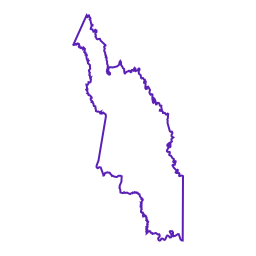 the district of Morelia, Caquetá, Colombia
{"feature_id": "7082276B57536514364172", "entity_name": "Morelia", "entity_type": "district", "adm_level": 2, "iso_a3": "COL", "parent_name": "Colombia", "parent_adm1": "Caquetá", "projection": "equal_earth", "projection_center": [-75.683, 1.4], "detail": "fine", "context": "isolated", "style": "outline", "palette": "violet", "viewbox_px": 256, "rotation_deg": 0, "n_neighbors": 0, "source": "geoboundaries", "source_scale": "gbopen_adm2", "svg_char_len": 5769}
<svg xmlns="http://www.w3.org/2000/svg" viewBox="0 0 256 256"><path d="M86.5,15.5L73.0,45.5L73.5,45.0L74.9,44.7L75.0,44.1L75.8,44.0L76.2,44.5L76.8,43.8L77.3,44.0L77.6,43.6L78.3,44.1L78.6,43.8L79.0,44.1L78.9,44.8L79.2,45.0L79.4,45.7L78.8,46.5L79.1,47.2L80.8,48.0L81.0,47.6L81.3,48.1L81.9,47.8L82.6,48.4L82.9,48.2L83.1,49.1L83.7,48.6L84.1,48.9L84.0,48.0L84.9,48.8L84.8,49.3L84.2,49.3L84.7,50.4L84.2,52.0L84.7,52.6L84.9,52.2L85.4,52.4L85.8,54.0L86.2,54.2L85.7,54.9L86.8,55.4L86.4,56.3L86.6,58.4L87.3,60.3L87.9,59.8L88.0,60.7L88.5,60.8L87.9,61.8L87.9,63.2L90.0,65.2L89.9,66.8L90.2,68.4L89.8,69.4L88.9,70.3L89.2,71.7L89.8,72.5L89.5,72.8L89.6,73.9L89.3,74.9L89.8,75.1L90.2,78.0L90.9,77.6L90.6,78.5L91.0,79.5L90.5,82.0L90.0,82.4L88.6,82.2L88.7,82.9L87.7,84.7L86.4,84.6L87.1,88.1L86.9,89.0L86.2,89.5L86.4,90.0L86.9,90.1L87.2,89.1L87.4,89.1L87.3,91.7L87.8,92.8L87.3,93.4L88.6,94.1L88.6,95.1L90.1,95.5L91.6,97.2L91.7,98.0L90.7,98.4L90.7,99.5L91.4,100.7L91.8,100.9L91.6,102.1L92.0,102.2L92.3,101.4L92.6,101.6L92.9,103.0L93.5,103.8L93.6,105.3L93.9,106.0L95.3,106.3L95.6,108.1L95.4,108.4L95.9,109.7L95.9,111.0L97.4,111.7L98.1,111.5L100.0,112.2L100.5,111.9L100.0,112.9L100.3,113.5L101.3,113.3L101.8,113.6L102.2,112.8L102.8,113.1L103.3,112.6L105.7,114.5L105.9,116.5L98.5,160.5L96.8,165.1L96.5,166.4L96.7,167.4L97.7,168.2L99.3,167.2L100.7,167.5L103.3,174.6L103.4,175.5L104.1,175.3L104.9,173.2L107.4,172.3L108.3,172.7L109.7,172.7L110.5,174.1L111.4,174.8L112.0,176.0L112.8,175.8L114.2,176.6L116.5,177.0L117.4,176.7L118.4,175.8L120.6,175.8L121.7,176.3L121.4,181.7L119.6,185.9L119.8,187.0L119.4,187.9L120.2,189.4L120.5,192.5L122.6,193.1L123.5,192.9L124.1,192.2L125.2,193.0L127.0,192.6L130.0,194.1L131.6,193.1L132.4,193.3L132.8,192.5L134.1,192.8L134.6,192.2L135.2,192.7L136.0,192.3L136.7,193.0L137.6,192.7L138.5,194.1L139.5,194.3L139.9,196.3L141.7,198.5L141.4,199.0L141.9,199.3L142.4,198.9L142.7,199.3L142.4,199.9L142.6,200.3L141.6,201.6L141.6,202.5L141.3,202.8L141.7,203.6L141.4,204.3L141.2,204.1L141.4,204.9L141.1,204.9L141.1,205.5L140.8,205.5L141.1,206.3L140.6,206.8L140.8,207.2L140.8,206.8L141.2,206.8L141.0,207.2L141.4,207.7L141.2,207.8L141.4,209.3L141.6,209.4L141.0,210.4L141.0,212.0L142.1,212.9L142.7,212.5L143.0,212.9L143.6,214.0L143.2,214.4L142.9,215.8L143.2,216.1L143.5,215.6L143.4,216.4L144.8,216.1L144.8,215.6L145.0,215.4L146.0,216.2L145.9,216.8L146.4,217.2L146.6,217.8L146.3,218.2L146.7,218.9L146.2,220.3L146.5,220.6L146.8,220.1L147.2,220.2L147.2,221.0L147.7,221.1L148.2,221.9L147.9,222.7L147.4,222.9L147.2,224.3L147.7,224.7L147.2,225.9L146.3,226.9L146.8,227.4L146.6,227.9L147.3,227.7L146.9,228.9L147.1,229.2L146.4,229.6L146.5,230.4L146.9,230.5L146.5,231.0L146.7,231.4L146.3,231.8L146.8,232.4L146.7,233.3L147.4,232.7L147.7,231.2L148.7,231.5L149.5,231.1L150.3,231.4L150.7,232.7L152.1,233.0L152.5,233.9L155.8,233.0L158.0,234.5L159.2,234.3L159.7,235.2L159.6,236.6L158.4,237.8L158.1,238.7L158.7,240.1L159.6,240.6L160.5,240.3L161.3,238.8L162.0,238.5L162.9,238.7L164.2,239.9L164.7,239.9L165.6,238.8L166.6,236.3L167.3,235.5L168.5,235.9L169.9,237.5L170.9,237.4L171.5,236.4L171.4,234.4L170.1,232.5L169.8,231.5L170.2,231.1L172.2,231.2L173.0,232.4L172.9,235.1L173.4,236.3L175.3,235.8L177.9,234.1L178.7,234.1L180.6,239.5L181.7,240.4L182.7,240.5L183.0,176.1L181.6,175.5L179.4,176.1L179.1,175.6L179.5,173.9L179.1,173.1L176.7,173.0L175.7,172.6L175.7,172.1L176.2,171.6L177.7,171.1L177.8,170.0L177.5,169.8L176.8,170.3L175.7,169.7L173.5,167.3L172.5,165.3L172.8,164.9L174.7,164.8L175.7,161.4L175.1,161.1L174.2,162.5L173.6,162.4L173.2,161.6L173.9,160.3L173.8,159.0L172.4,158.1L171.1,155.8L169.4,155.2L169.2,154.3L169.9,152.9L169.6,151.9L167.6,151.9L166.9,151.2L167.1,150.0L168.5,147.8L168.3,147.1L167.3,145.6L167.4,144.6L167.9,144.1L168.5,144.1L169.3,146.8L170.0,147.1L170.5,146.6L170.5,145.8L169.2,144.2L169.0,143.2L169.3,143.0L170.5,143.8L170.6,142.3L171.9,141.5L171.4,139.9L171.6,138.8L173.3,137.4L171.6,136.3L171.5,135.1L172.3,133.3L172.3,132.2L171.8,131.6L170.5,131.8L169.8,131.1L167.5,122.8L167.7,121.0L167.3,119.6L167.8,118.4L168.2,114.0L167.7,113.6L166.5,114.6L165.9,114.5L164.9,112.9L163.0,113.0L162.8,111.7L162.3,111.1L159.8,110.7L159.9,109.9L161.2,110.0L161.8,109.4L161.3,107.5L161.3,105.7L159.9,105.6L159.2,103.3L158.0,102.8L157.4,103.0L156.6,104.3L156.0,104.3L155.7,102.0L155.0,99.9L154.4,98.7L153.6,98.0L153.1,98.3L153.1,99.2L154.1,102.2L153.6,102.9L153.0,102.5L152.3,98.4L152.5,94.8L151.8,94.1L150.6,94.7L149.9,93.9L149.4,92.1L150.0,90.0L148.2,86.7L147.3,86.9L147.2,88.2L146.7,88.9L145.9,89.0L145.5,88.5L145.3,87.8L145.7,81.9L145.3,82.0L144.6,82.9L144.1,82.9L144.0,82.0L145.0,80.8L144.9,79.8L144.1,79.7L142.9,78.0L141.6,78.4L141.1,78.0L140.7,75.2L139.1,73.9L138.8,73.2L138.7,71.5L139.6,69.4L139.3,68.6L138.6,68.6L137.9,70.0L135.6,71.1L135.3,70.7L135.4,68.7L134.6,67.9L134.0,68.9L134.4,70.3L134.0,70.8L133.6,70.8L132.9,70.0L131.8,70.0L131.4,70.6L131.4,71.8L130.8,72.2L130.4,72.0L129.7,70.9L128.7,70.8L128.0,71.4L126.5,71.8L125.1,73.4L124.7,73.4L124.2,71.6L124.2,69.1L123.0,68.2L122.2,66.4L121.2,65.3L120.9,62.0L120.3,61.0L119.6,62.0L119.1,64.7L117.3,66.3L113.1,67.4L109.6,67.2L109.0,67.6L108.6,68.1L108.2,70.8L108.5,71.5L109.9,72.9L110.1,74.0L109.7,74.6L109.1,74.6L107.4,73.3L106.8,71.1L107.7,67.7L107.8,65.5L107.1,63.8L107.1,61.6L106.4,59.4L106.7,58.0L106.5,57.5L105.8,57.3L106.2,56.2L105.5,55.6L105.7,54.8L105.1,53.9L105.2,52.7L104.2,51.0L104.4,49.3L104.8,48.7L104.1,46.9L104.8,45.8L105.5,45.6L105.5,45.2L100.7,40.7L99.8,38.8L97.4,39.3L96.6,38.8L96.0,37.2L95.4,36.7L95.9,35.2L95.3,34.0L95.4,32.2L96.1,32.4L96.5,32.1L96.5,30.5L95.3,29.8L94.5,30.9L93.4,31.6L92.5,29.4L90.8,29.1L90.8,28.1L91.5,26.4L91.5,25.6L92.5,25.6L92.6,24.9L91.1,23.8L90.5,20.4L89.7,19.5L90.5,18.5L89.2,16.3L89.0,15.4L88.2,15.4L87.6,17.2L87.2,17.1L86.5,15.5Z" fill="none" stroke="#5b21b6" stroke-width="2"/></svg>